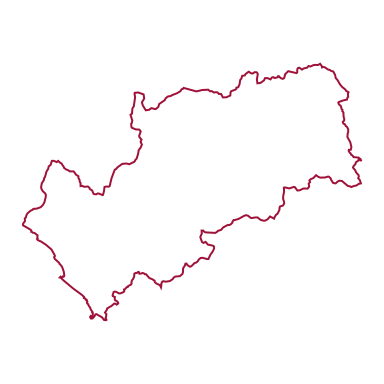 Huaral, Lima, Peru
{"feature_id": "86281439B90412746256760", "entity_name": "Huaral", "entity_type": "district", "adm_level": 2, "iso_a3": "PER", "parent_name": "Peru", "parent_adm1": "Lima", "projection": "orthographic", "projection_center": [-76.946, -11.358], "detail": "fine", "context": "isolated", "style": "outline", "palette": "rose", "viewbox_px": 384, "rotation_deg": 0, "n_neighbors": 0, "source": "geoboundaries", "source_scale": "gbopen_adm2", "svg_char_len": 5894}
<svg xmlns="http://www.w3.org/2000/svg" viewBox="0 0 384 384"><path d="M360.9,183.4L359.9,180.2L358.2,178.2L358.8,176.6L358.6,175.2L356.1,172.4L355.1,170.0L353.4,168.2L353.0,167.3L353.8,165.8L355.4,164.1L355.9,162.3L358.1,160.8L358.6,159.6L359.5,159.6L360.4,160.5L361.0,160.3L360.5,159.1L358.5,157.6L353.6,157.1L352.4,155.4L351.1,154.7L350.7,153.5L349.7,152.7L348.6,150.7L348.9,149.8L350.8,149.7L351.4,147.1L350.3,142.3L347.4,137.0L347.7,133.4L348.2,132.2L348.2,129.3L347.1,127.0L345.7,126.0L345.0,124.4L343.3,123.5L342.8,121.8L344.1,120.7L344.3,119.5L343.6,116.5L343.4,112.4L342.3,111.1L342.5,110.0L341.5,108.9L341.0,106.3L338.9,104.3L338.3,102.8L338.6,102.1L343.3,100.4L346.9,99.6L347.5,97.5L348.2,96.9L347.9,93.6L348.5,92.2L346.2,90.9L345.3,89.5L342.1,86.9L340.0,84.4L337.7,80.3L335.7,78.0L335.1,74.9L333.3,71.5L331.3,71.0L329.5,69.8L328.1,69.6L324.8,67.3L323.2,66.9L322.0,67.4L321.5,65.6L320.1,63.8L318.1,65.0L314.0,64.9L310.4,66.5L308.6,66.0L307.0,67.7L303.6,68.5L302.0,69.6L299.5,67.8L298.1,67.9L297.3,69.2L297.2,72.3L296.5,73.1L288.2,71.2L285.2,74.2L284.2,78.0L282.7,78.9L280.7,78.1L278.8,76.2L278.2,76.1L277.8,77.2L275.0,78.0L274.2,77.8L273.6,77.2L272.5,77.3L271.8,77.6L270.5,79.4L267.4,78.1L264.9,78.2L264.1,80.3L261.1,82.5L260.2,83.0L257.4,83.3L256.9,79.4L257.8,74.0L257.1,72.7L256.3,72.2L254.6,72.2L252.5,73.6L250.8,73.1L248.7,71.7L245.7,73.9L244.7,75.5L242.2,75.8L241.4,78.5L240.2,80.0L239.5,84.4L238.2,87.2L236.4,87.7L236.3,88.8L235.6,89.5L231.2,91.2L230.6,92.1L230.3,95.5L226.3,97.3L222.9,97.4L221.0,93.9L218.9,94.0L217.7,92.5L215.9,92.2L214.0,92.5L211.7,91.1L210.1,91.3L208.2,89.7L202.2,90.0L196.4,91.4L183.6,87.9L183.1,88.7L181.6,89.3L180.4,91.2L176.9,93.3L172.6,94.9L170.5,96.1L168.1,96.4L166.8,97.3L165.5,98.5L164.8,100.1L159.2,104.0L158.3,106.9L156.0,108.9L155.2,109.1L151.4,108.1L149.1,109.8L145.8,110.3L142.8,105.4L141.9,102.4L144.2,98.5L143.6,94.4L138.2,92.5L134.8,92.8L134.5,93.4L135.1,97.2L133.8,106.3L132.4,108.5L132.0,113.6L130.5,114.8L132.3,120.6L131.8,122.9L131.2,123.7L131.3,126.0L131.6,127.5L132.0,127.8L135.7,129.4L139.3,129.6L140.7,131.4L139.1,136.0L139.6,137.4L141.5,139.6L140.6,141.8L141.9,144.6L140.7,147.5L138.7,150.1L138.1,153.9L136.6,158.7L135.3,160.0L134.9,161.1L134.1,161.9L129.3,164.2L126.4,163.5L122.2,163.9L117.4,167.4L116.3,168.8L114.7,169.8L111.5,178.4L109.7,186.0L108.8,186.7L106.4,186.5L104.5,187.0L104.0,191.1L103.0,194.9L102.6,195.1L98.8,193.5L97.5,193.5L96.0,194.4L93.6,193.9L92.1,190.4L89.8,189.0L89.3,187.6L87.8,186.5L84.0,186.8L82.5,185.9L80.6,186.1L80.5,183.0L79.7,181.6L79.5,179.8L78.4,177.9L78.4,176.2L76.0,174.7L73.7,171.4L69.9,171.4L67.9,170.1L66.2,169.5L64.0,167.8L63.8,167.0L61.4,163.4L59.8,162.5L58.2,160.9L56.7,162.1L54.0,160.9L51.9,160.9L50.6,164.9L48.7,166.4L48.2,168.9L46.5,171.5L45.0,177.0L44.2,178.0L43.9,180.0L41.8,183.3L41.2,186.6L41.1,187.7L41.8,189.6L42.8,191.2L45.0,193.2L45.9,194.8L45.7,197.1L44.4,202.3L43.0,204.8L40.7,207.2L36.8,208.6L33.3,208.9L32.6,209.8L30.5,210.8L27.6,213.2L26.4,215.3L25.8,217.6L24.8,218.3L25.0,221.0L23.1,223.7L23.0,225.3L29.9,229.3L31.2,230.3L31.3,231.7L31.7,231.6L32.7,232.7L34.4,232.9L37.6,235.4L37.3,237.1L37.7,238.3L37.0,239.0L37.8,240.1L41.2,241.6L46.0,244.8L51.5,249.5L54.8,255.4L54.9,256.1L54.1,257.1L54.7,258.8L59.2,262.9L59.5,263.9L60.4,264.6L62.2,267.1L63.8,271.8L64.3,275.5L64.0,276.4L63.3,276.8L62.7,276.5L61.8,277.5L60.6,276.6L59.8,277.5L60.8,277.7L63.4,280.3L73.3,288.6L81.5,294.6L84.0,296.8L83.8,298.0L85.0,298.3L85.6,299.6L86.0,299.4L86.9,300.1L86.9,301.1L87.4,301.8L86.9,302.7L87.2,303.5L88.2,304.2L88.7,305.7L90.4,308.0L90.5,309.1L92.6,312.2L92.2,312.5L92.9,313.8L92.6,315.8L91.7,316.5L90.8,315.9L90.1,317.0L90.5,317.9L91.1,318.6L92.6,318.4L94.4,316.4L95.4,314.4L96.3,314.1L102.0,317.3L104.1,320.0L106.0,320.2L106.4,320.0L106.4,319.4L105.5,318.1L106.0,317.2L106.4,314.1L105.0,312.6L106.8,309.8L107.2,308.4L111.4,306.0L114.2,303.6L115.5,303.7L116.6,304.6L118.2,303.5L118.0,302.4L116.6,300.9L115.4,300.5L114.9,299.9L114.7,299.0L114.9,297.0L112.8,296.1L112.6,295.4L113.6,292.1L114.5,291.6L116.1,291.8L119.0,293.4L120.3,293.4L123.5,292.1L124.2,291.3L124.0,289.5L125.0,289.3L126.6,287.2L127.7,287.1L128.2,286.0L130.7,284.8L131.6,283.7L131.4,282.7L131.9,280.4L133.1,279.0L134.1,276.7L134.4,273.6L135.6,273.0L137.0,272.9L138.2,271.9L139.0,272.2L139.3,273.7L140.5,273.7L142.6,273.0L143.8,273.3L144.7,274.2L146.0,274.2L149.3,278.0L152.4,279.3L154.6,280.7L154.8,282.1L156.2,283.4L159.9,285.2L161.0,287.4L161.3,285.8L161.3,283.7L162.2,281.7L163.3,281.2L165.7,281.7L169.7,281.1L172.6,279.2L174.0,277.3L175.5,276.5L179.8,276.2L182.3,274.1L182.9,272.7L183.1,268.3L184.8,265.7L185.5,263.6L186.5,263.6L187.4,265.1L189.9,266.7L190.5,266.7L192.5,265.2L194.4,263.1L195.9,262.7L197.6,261.5L198.8,259.5L200.6,258.0L202.5,257.8L207.0,259.0L208.4,259.0L210.4,254.7L212.2,252.3L213.7,249.5L214.1,248.0L213.9,246.4L213.0,245.7L207.9,244.6L205.6,241.9L203.5,242.9L202.0,242.0L200.4,237.5L200.4,236.6L201.8,233.7L201.6,230.5L203.1,230.5L204.4,231.9L205.8,232.4L215.2,232.9L216.9,232.0L217.7,231.0L221.2,229.8L223.0,227.6L225.4,226.2L227.9,224.9L229.3,225.1L230.9,224.2L232.4,222.6L232.5,221.6L233.6,220.1L234.2,220.2L238.6,218.9L244.4,215.7L246.0,215.2L248.0,215.7L250.2,217.5L251.5,218.1L255.6,217.4L257.7,217.5L260.6,219.9L263.6,220.7L265.2,220.6L267.6,219.3L270.0,216.5L274.1,218.6L274.4,217.5L276.0,214.8L277.7,213.6L279.5,209.6L279.5,207.7L280.1,206.4L282.9,205.6L284.1,203.7L284.1,202.0L283.1,198.8L283.2,196.2L284.1,191.6L283.9,187.6L285.4,187.5L289.4,188.4L293.9,186.9L294.8,187.1L297.4,190.5L299.6,190.3L303.5,188.5L307.6,188.6L309.2,186.6L308.7,183.6L310.1,182.0L309.4,180.4L310.5,179.3L313.4,178.0L316.1,175.2L318.4,176.9L320.3,177.6L324.9,177.5L327.9,176.6L328.9,176.7L330.7,178.4L331.2,180.0L333.2,183.0L335.6,183.4L337.5,181.7L339.5,180.7L342.0,181.0L347.8,185.9L350.4,186.5L351.2,187.1L354.1,185.9L356.2,185.6L358.9,183.8L360.9,183.4Z" fill="none" stroke="#9f1239" stroke-width="2"/></svg>